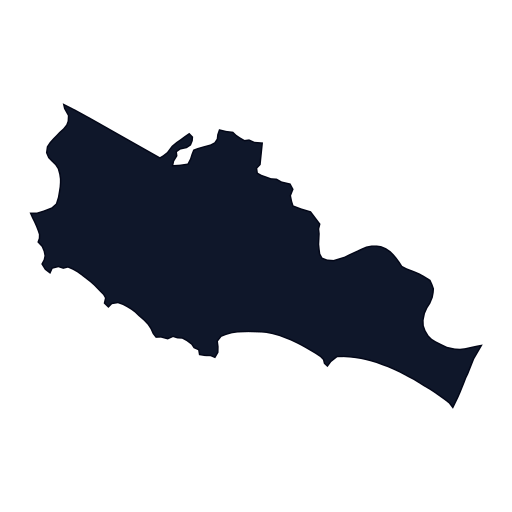 outline of Laguna, Brazil, rotated 90°
{"feature_id": "56859067B95150069695364", "entity_name": "Laguna", "entity_type": "district", "adm_level": 2, "iso_a3": "BRA", "parent_name": "Brazil", "parent_adm1": "", "projection": "natural_earth1", "projection_center": [-48.822, -28.47], "detail": "fine", "context": "isolated", "style": "filled", "palette": "ink", "viewbox_px": 512, "rotation_deg": 90, "n_neighbors": 0, "source": "geoboundaries", "source_scale": "gbopen_adm2", "svg_char_len": 3034}
<svg xmlns="http://www.w3.org/2000/svg" viewBox="0 0 512 512"><g transform="rotate(90 256 256)"><path d="M133.8,322.8L136.7,327.0L139.9,331.3L142.5,335.1L146.3,339.7L152.7,344.5L155.9,348.6L158.0,352.1L129.8,402.0L119.6,420.0L110.7,436.2L104.6,448.2L108.5,447.3L115.5,443.4L121.2,443.7L125.0,445.1L129.0,448.3L132.6,452.3L135.6,455.1L138.8,458.3L142.6,461.7L146.8,464.5L152.7,465.3L157.6,463.2L161.1,459.8L164.6,456.2L168.6,453.6L174.1,452.1L178.9,451.4L182.6,451.4L186.9,451.7L192.0,452.5L197.3,453.4L204.0,455.5L208.0,460.0L211.2,468.2L213.3,475.1L213.3,481.3L217.8,479.3L221.6,477.4L226.3,475.3L230.7,473.6L234.3,472.4L238.4,472.5L242.0,473.8L246.4,469.7L251.2,467.7L255.8,466.8L259.9,467.7L264.0,469.9L269.3,466.6L272.8,462.0L268.1,459.9L266.5,453.6L268.1,448.7L266.9,444.0L268.9,439.4L271.6,434.5L274.2,430.9L277.2,427.0L281.3,421.7L284.8,417.7L288.4,414.2L291.3,411.4L294.4,408.3L297.9,406.3L303.1,407.5L306.9,403.6L303.5,400.3L302.5,394.0L304.3,388.9L306.5,384.8L309.1,380.5L312.0,376.6L315.5,373.0L319.9,367.9L324.2,363.8L328.6,360.9L333.5,358.7L337.1,355.9L336.9,351.0L338.7,344.3L336.3,339.0L337.7,334.6L338.0,329.6L340.5,325.0L344.1,320.2L347.6,317.9L349.7,313.2L354.5,312.4L355.4,306.9L355.5,301.3L357.3,297.1L352.3,294.2L346.7,294.1L341.1,294.8L336.2,291.0L334.3,286.2L332.6,280.3L331.8,274.8L331.6,270.0L331.4,263.7L331.6,256.5L331.8,250.2L332.2,245.7L333.4,239.6L335.4,232.3L337.5,226.9L339.8,221.0L342.9,214.5L344.9,210.6L347.3,206.3L350.1,201.5L353.1,196.4L356.5,191.3L359.5,188.4L363.3,187.5L366.0,184.6L361.5,181.3L356.5,175.0L356.4,168.0L356.8,161.9L357.4,156.6L358.3,150.8L359.3,146.3L360.6,141.2L362.3,135.4L364.7,129.1L366.5,124.0L368.9,118.5L372.0,111.8L374.1,107.9L376.8,102.9L379.2,98.2L382.1,93.5L385.8,87.6L389.0,82.1L391.8,77.8L394.9,73.4L399.3,67.2L402.9,62.6L407.4,59.2L397.3,54.3L392.3,52.1L382.4,48.1L377.9,46.4L373.8,44.4L358.7,38.4L345.5,30.7L346.3,35.0L347.5,40.6L348.9,46.9L349.5,52.0L349.2,57.3L347.5,65.2L344.6,71.2L341.9,76.6L339.4,80.6L336.0,84.0L330.8,87.1L325.7,88.9L320.2,89.1L313.3,87.7L307.7,85.2L303.2,82.3L297.4,79.9L292.6,79.0L288.8,78.7L284.6,80.2L280.4,82.1L277.1,87.4L274.1,92.7L272.1,97.4L268.9,105.7L266.5,110.3L262.3,113.0L258.1,116.1L254.9,118.8L251.8,121.9L248.8,126.3L246.8,131.1L246.2,135.4L246.2,140.2L247.2,145.5L249.2,150.2L252.2,156.6L255.1,162.9L257.3,167.2L260.7,178.4L260.2,185.0L258.2,190.1L254.0,192.4L249.4,193.0L244.3,193.5L233.8,193.0L228.9,193.5L224.1,192.3L211.9,201.5L209.1,210.9L206.0,219.1L201.2,220.6L195.6,221.7L189.3,219.2L184.1,222.0L182.1,230.6L179.3,235.5L178.9,241.2L177.1,246.1L175.5,250.7L173.2,254.8L168.2,255.5L164.5,252.0L143.1,249.8L142.5,257.7L140.1,263.0L140.7,267.6L137.9,272.4L135.3,276.2L132.4,279.2L131.6,285.9L130.0,292.5L134.7,294.1L139.1,294.6L142.9,297.1L145.1,301.3L147.0,308.3L148.7,314.2L150.2,318.2L154.5,319.9L159.0,321.3L164.2,324.0L165.4,332.2L165.8,339.5L161.0,338.5L155.8,335.3L151.7,335.8L148.9,331.9L147.5,325.5L144.9,321.6L140.7,319.9L137.1,319.6L133.8,322.8Z" fill="#0f172a" stroke="#020617" stroke-width="1.5"/></g></svg>